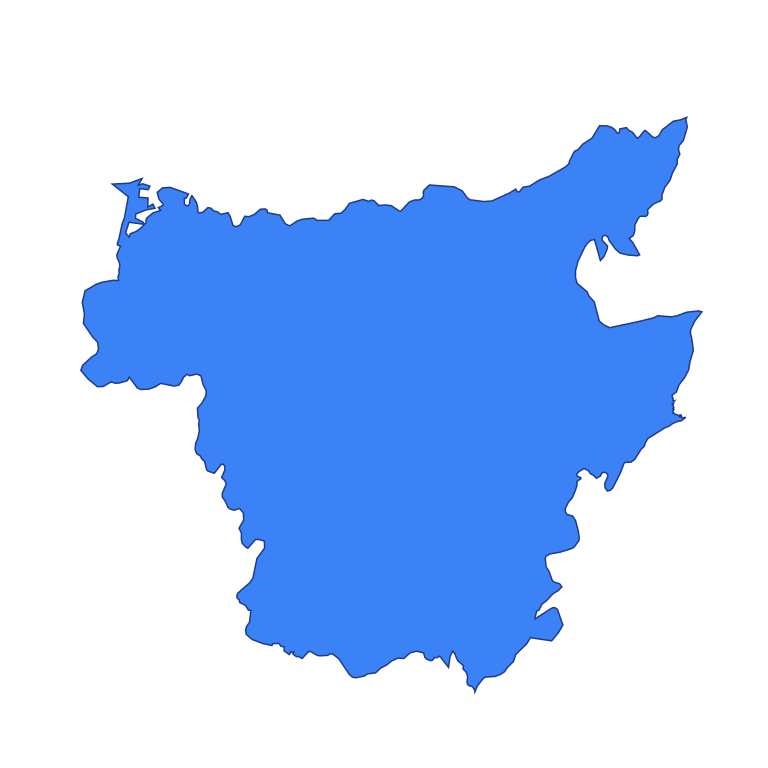 Betioky Atsimo, Atsimo-Andrefana, Madagascar (Robinson projection), rotated 186°
{"feature_id": "10022922B63491232053463", "entity_name": "Betioky Atsimo", "entity_type": "district", "adm_level": 2, "iso_a3": "MDG", "parent_name": "Madagascar", "parent_adm1": "Atsimo-Andrefana", "projection": "robinson", "projection_center": [44.506, -23.693], "detail": "fine", "context": "isolated", "style": "filled", "palette": "blue", "viewbox_px": 768, "rotation_deg": 186, "n_neighbors": 0, "source": "geoboundaries", "source_scale": "gbopen_adm2", "svg_char_len": 6118}
<svg xmlns="http://www.w3.org/2000/svg" viewBox="0 0 768 768"><g transform="rotate(186 384 384)"><path d="M449.9,105.0L448.5,108.1L447.1,107.3L445.8,108.1L446.2,105.9L444.5,104.8L442.4,103.6L440.5,104.1L436.7,102.4L431.0,110.1L429.1,110.2L421.8,107.1L419.2,107.0L411.7,108.2L409.4,110.0L407.0,110.2L400.4,106.2L388.2,91.6L384.6,89.1L381.4,88.9L373.0,91.5L370.3,93.9L362.2,95.8L357.8,101.0L351.6,105.1L347.4,109.5L341.5,112.8L335.5,113.1L330.0,119.3L323.7,121.7L316.5,120.7L314.7,116.3L313.0,114.9L308.7,113.7L306.7,114.5L305.4,117.1L302.2,117.5L301.1,119.1L299.3,118.4L290.2,108.9L289.8,119.9L287.8,125.5L285.7,123.6L281.7,116.4L275.5,112.2L275.7,109.0L272.0,105.8L270.2,101.6L270.3,96.7L269.7,94.4L268.3,93.0L264.4,92.3L261.9,89.1L261.4,87.2L259.6,93.5L254.3,101.9L252.3,103.2L242.9,104.8L238.3,107.1L234.1,110.4L231.4,115.3L226.3,121.5L224.7,128.8L215.1,140.3L211.8,147.0L190.4,146.1L184.4,155.2L180.9,163.0L187.9,177.9L190.3,179.3L192.5,179.3L194.6,178.0L209.3,166.2L209.3,168.4L208.3,174.2L206.3,175.3L203.8,181.7L199.8,185.4L194.0,193.1L189.3,196.6L185.9,200.8L188.5,203.7L194.1,204.8L196.1,206.2L200.2,214.7L203.6,219.0L205.4,227.3L204.8,229.8L200.7,232.5L191.1,235.2L180.2,240.0L177.8,241.7L173.8,248.6L173.8,251.6L175.3,257.7L179.2,268.2L182.6,272.4L188.5,273.4L190.6,276.5L190.5,279.6L188.2,285.8L184.9,290.5L183.0,296.5L181.6,302.4L181.8,307.5L178.4,310.2L178.4,311.4L182.4,312.6L183.0,314.4L181.1,317.1L176.2,320.9L171.7,319.2L169.3,316.3L166.6,315.4L162.9,312.4L159.1,315.2L158.2,317.7L156.7,319.1L154.3,319.2L152.2,317.5L151.7,315.7L154.0,308.6L153.4,304.0L150.7,300.9L147.6,302.1L145.6,304.6L139.6,320.3L137.0,330.2L136.2,331.2L130.2,332.1L126.6,335.5L121.5,346.0L118.7,349.2L117.7,353.5L115.8,357.4L100.0,369.9L96.5,371.6L92.6,375.0L87.5,377.8L84.6,378.4L80.3,382.5L83.2,381.5L84.8,382.5L85.3,384.2L86.5,384.2L86.4,382.4L88.6,383.8L93.8,385.2L93.1,386.0L93.8,387.4L92.9,389.1L94.2,389.9L93.4,390.8L94.2,393.2L95.3,393.8L93.8,395.1L94.3,396.2L93.4,397.6L94.4,397.1L95.1,397.9L94.8,399.8L95.9,400.8L96.3,403.1L92.4,406.6L90.6,413.9L85.5,422.2L82.4,430.1L82.1,437.8L79.9,449.9L82.9,462.2L84.6,466.3L84.6,470.6L81.6,478.9L75.4,489.0L78.5,489.6L90.6,487.0L100.4,482.2L105.4,480.8L118.9,480.5L122.8,478.0L138.2,472.4L165.4,463.6L171.4,465.7L176.5,469.1L183.5,487.7L189.5,493.0L191.6,496.9L202.4,504.2L204.6,509.6L205.4,516.5L203.9,526.3L198.8,540.8L196.3,545.4L193.4,548.4L189.8,549.7L181.7,529.4L178.6,533.7L176.2,541.3L176.1,544.6L182.4,550.1L182.0,554.0L179.1,555.1L176.5,553.3L175.0,550.2L167.7,542.2L163.0,538.8L154.6,537.8L145.4,538.0L143.3,539.2L151.2,550.5L155.4,554.5L151.9,557.4L151.2,559.1L150.6,563.1L151.2,568.5L148.3,575.6L146.9,577.6L141.2,578.1L139.8,579.5L139.3,581.7L140.0,583.2L139.7,585.5L134.6,591.4L127.9,595.2L126.7,597.2L127.5,600.1L125.4,608.7L120.8,616.8L119.2,624.1L115.4,633.2L115.9,638.1L113.8,643.6L115.6,647.6L115.5,651.8L111.7,657.6L109.2,671.3L111.5,678.5L110.8,680.8L116.7,677.7L123.7,675.6L133.9,665.8L136.5,659.8L139.6,657.3L142.5,657.6L150.5,663.5L151.9,662.7L155.5,656.9L157.8,654.8L163.2,660.3L167.5,662.1L169.6,664.3L176.0,662.4L176.4,658.4L178.1,657.8L181.1,661.1L184.1,662.9L188.4,664.0L196.6,663.4L202.8,650.3L211.3,643.4L215.5,637.4L219.0,635.2L222.8,625.3L223.2,622.1L226.3,618.8L241.6,607.8L250.7,603.2L259.7,596.1L266.3,594.3L269.4,589.3L271.6,589.1L273.3,591.6L279.4,586.9L295.8,577.3L303.6,575.9L317.8,576.2L321.2,578.4L326.3,584.2L334.8,587.4L359.6,586.7L364.5,581.0L365.0,578.7L364.3,575.4L365.2,573.0L368.3,570.7L372.8,570.2L377.8,567.7L385.4,557.6L387.1,557.7L395.3,562.1L401.1,562.2L407.9,561.0L413.2,565.3L415.9,565.6L417.8,564.1L424.3,565.3L437.3,560.0L441.1,553.3L444.6,549.3L450.7,548.2L456.2,541.0L467.3,539.7L471.3,541.6L482.5,539.3L487.2,537.2L494.3,531.4L498.9,533.0L505.1,541.1L517.6,542.1L518.8,545.0L520.7,545.7L525.4,544.8L530.4,539.3L535.9,536.2L540.0,536.3L543.4,527.6L545.6,525.7L548.8,525.0L551.1,526.5L554.4,534.5L557.0,538.0L564.0,535.7L568.1,538.0L571.2,538.2L574.4,540.7L577.5,541.1L582.1,535.9L586.0,534.7L587.0,535.8L587.9,540.9L589.7,545.2L594.4,551.0L594.9,551.2L596.2,547.5L596.3,542.5L597.8,540.5L598.9,540.6L601.4,542.0L602.0,547.9L600.1,548.2L598.3,552.5L617.1,557.2L624.8,555.9L629.6,550.8L627.0,544.2L622.2,539.6L622.5,538.5L626.9,535.8L624.3,533.3L631.8,529.9L636.9,524.7L637.8,522.8L637.5,519.7L642.5,513.3L646.5,509.7L652.0,507.0L652.9,503.5L656.8,507.4L654.5,518.2L641.0,517.8L640.0,518.7L640.7,519.9L648.5,522.8L648.7,527.1L638.7,532.3L630.1,534.9L632.7,538.8L637.5,535.2L638.1,544.3L647.5,544.1L647.3,552.8L638.8,552.6L637.5,556.3L644.9,557.9L649.1,556.0L646.1,563.1L658.2,557.1L675.1,554.4L657.9,543.6L659.5,521.9L661.0,516.9L662.9,499.9L664.0,495.4L663.5,494.4L660.4,493.6L663.2,484.8L662.5,481.5L659.7,476.8L659.0,473.0L659.6,469.9L658.9,466.3L659.8,462.8L658.7,459.2L664.4,458.8L675.0,455.7L680.8,453.0L691.0,445.5L692.6,433.7L689.2,422.2L689.3,412.9L678.6,400.2L673.1,395.6L671.6,388.7L672.9,384.1L677.6,380.2L685.6,371.2L686.9,365.8L678.6,357.9L668.8,351.4L662.9,352.2L655.8,357.5L651.3,356.7L647.7,357.2L639.5,360.5L638.1,364.2L629.0,354.4L625.3,353.1L617.6,354.3L611.3,357.2L606.2,361.3L592.6,360.0L587.9,361.4L585.1,366.4L584.2,369.6L580.9,373.1L578.2,371.9L571.1,374.4L566.9,372.9L563.8,364.4L560.4,359.3L559.9,356.6L560.1,353.2L563.1,345.9L567.0,340.5L565.4,331.1L563.8,328.3L564.2,324.9L562.7,318.3L563.6,310.2L565.1,305.5L565.1,299.8L564.2,297.1L562.7,294.9L559.2,293.3L557.1,290.2L554.3,288.3L551.6,280.5L550.5,279.2L543.5,277.5L537.3,287.2L535.6,287.4L533.7,285.6L533.3,281.7L535.7,274.1L532.2,271.3L530.4,268.2L533.4,258.5L532.9,254.6L528.8,249.7L526.5,245.3L524.0,243.5L519.9,242.8L514.6,245.1L510.3,241.0L509.4,233.9L513.1,225.4L510.2,220.7L509.6,214.5L508.3,210.7L503.9,207.0L502.2,206.5L495.5,215.9L492.0,216.3L486.6,215.3L485.6,208.3L492.1,197.2L494.1,177.1L496.9,172.2L507.5,160.7L508.2,158.4L507.9,155.9L505.5,154.2L504.6,151.6L498.6,149.3L495.2,144.9L492.7,145.0L492.9,132.7L495.2,128.8L495.7,126.2L495.8,123.9L494.8,120.6L488.3,116.1L477.2,113.2L468.1,112.2L467.4,114.2L461.4,115.0L458.9,112.3L455.6,112.1L455.5,108.2L449.9,105.0Z" fill="#3b82f6" stroke="#1e3a8a" stroke-width="1.5"/></g></svg>